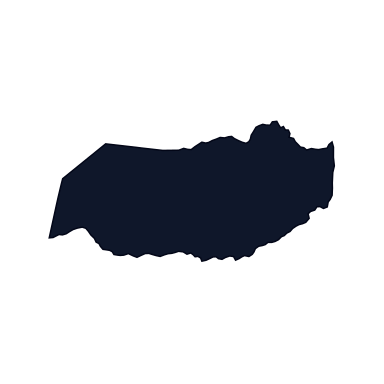 Olho d'Água do Casado, Alagoas, Brazil (orthographic projection), rotated 237°
{"feature_id": "56859067B7353988917909", "entity_name": "Olho d'Água do Casado", "entity_type": "district", "adm_level": 2, "iso_a3": "BRA", "parent_name": "Brazil", "parent_adm1": "Alagoas", "projection": "orthographic", "projection_center": [-37.83, -9.434], "detail": "fine", "context": "isolated", "style": "filled", "palette": "ink", "viewbox_px": 384, "rotation_deg": 237, "n_neighbors": 0, "source": "geoboundaries", "source_scale": "gbopen_adm2", "svg_char_len": 2015}
<svg xmlns="http://www.w3.org/2000/svg" viewBox="0 0 384 384"><g transform="rotate(237 192 192)"><path d="M128.6,162.6L127.1,166.6L126.5,170.8L126.1,174.3L124.5,177.0L121.7,177.9L119.2,180.5L118.9,184.4L117.8,188.8L115.2,191.7L111.1,191.4L110.5,195.2L110.5,198.5L110.1,201.4L106.9,204.6L106.9,208.6L108.0,211.3L110.0,214.3L110.2,218.4L108.8,221.8L108.0,224.8L108.4,228.2L106.3,231.5L105.3,234.7L104.9,238.6L105.8,242.7L105.2,245.6L105.9,249.1L105.5,252.7L106.6,256.5L106.7,260.7L106.4,263.9L105.2,267.5L104.6,270.9L106.1,275.9L110.5,277.5L111.1,280.8L110.0,285.1L111.6,288.8L109.9,291.5L106.6,293.3L105.8,297.3L109.4,300.7L110.6,303.9L112.9,307.7L118.8,311.9L123.2,314.6L131.7,320.7L136.4,325.6L143.9,329.4L152.6,335.1L157.7,336.7L157.2,332.7L155.2,329.2L157.2,324.8L158.6,321.3L160.5,318.9L163.4,315.8L164.8,311.0L168.3,309.9L170.6,307.4L174.0,306.8L177.9,306.0L181.6,306.3L185.1,303.2L187.6,305.9L191.5,306.5L193.2,304.1L197.1,304.3L197.6,301.3L201.3,301.3L205.1,301.6L207.1,297.6L205.5,293.9L207.8,290.6L210.2,288.2L211.1,284.1L211.4,280.9L209.2,276.5L207.4,272.6L204.5,269.7L203.2,267.0L203.4,263.8L206.5,261.1L210.2,258.7L213.8,256.6L217.0,255.5L218.4,252.8L219.6,248.8L222.4,245.3L223.1,241.3L224.1,237.1L224.5,232.9L225.6,230.1L228.4,227.4L228.4,223.1L228.4,219.2L228.0,214.4L230.1,211.6L233.1,208.8L234.2,203.7L242.8,190.1L256.3,173.7L259.6,169.8L279.4,145.8L273.6,90.8L270.1,87.0L260.3,76.7L255.5,71.8L231.3,47.3L229.5,50.7L229.2,53.6L228.8,57.3L226.6,60.0L225.5,63.7L225.5,67.7L225.3,71.8L224.2,76.1L222.3,80.8L219.4,83.2L215.5,83.7L211.0,83.8L206.2,84.9L202.2,84.3L199.4,85.9L196.3,85.6L192.4,86.1L190.6,88.2L188.0,91.1L185.4,92.6L182.1,92.5L179.8,95.0L177.9,97.3L176.2,100.4L175.0,105.1L170.3,108.0L167.2,110.3L166.6,114.7L165.9,119.2L164.0,122.4L161.2,124.7L158.1,127.4L155.3,130.2L154.4,134.5L153.3,138.3L151.6,141.6L150.5,144.9L149.6,148.4L146.6,152.0L142.6,153.9L141.5,157.8L138.8,158.8L136.0,159.3L134.8,161.9L132.0,163.3L128.6,162.6Z" fill="#0f172a" stroke="#020617" stroke-width="1.5"/></g></svg>